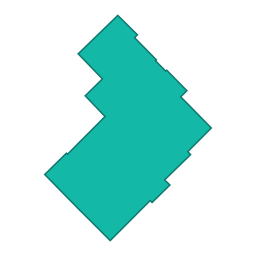 outline of Laprida, Buenos Aires, Argentina
{"feature_id": "61730980B44273379495612", "entity_name": "Laprida", "entity_type": "district", "adm_level": 2, "iso_a3": "ARG", "parent_name": "Argentina", "parent_adm1": "Buenos Aires", "projection": "mercator", "projection_center": [-60.782, -37.495], "detail": "fine", "context": "isolated", "style": "filled", "palette": "teal", "viewbox_px": 256, "rotation_deg": 0, "n_neighbors": 0, "source": "geoboundaries", "source_scale": "gbopen_adm2", "svg_char_len": 501}
<svg xmlns="http://www.w3.org/2000/svg" viewBox="0 0 256 256"><path d="M111.4,239.4L150.1,200.6L152.1,202.5L169.9,185.0L164.6,179.9L190.6,154.6L187.8,151.6L211.3,128.0L180.7,96.8L186.9,90.7L166.7,70.2L165.7,71.1L155.5,60.8L156.4,59.9L134.6,37.7L137.4,34.8L117.8,15.4L80.4,51.7L78.2,53.8L80.4,56.1L102.4,78.9L94.6,86.6L85.2,95.8L105.0,116.5L92.8,128.8L80.4,141.2L67.5,154.3L66.4,153.2L44.7,174.5L80.4,210.9L83.0,213.4L110.2,240.6L111.4,239.4Z" fill="#14b8a6" stroke="#0f766e" stroke-width="1.5"/></svg>